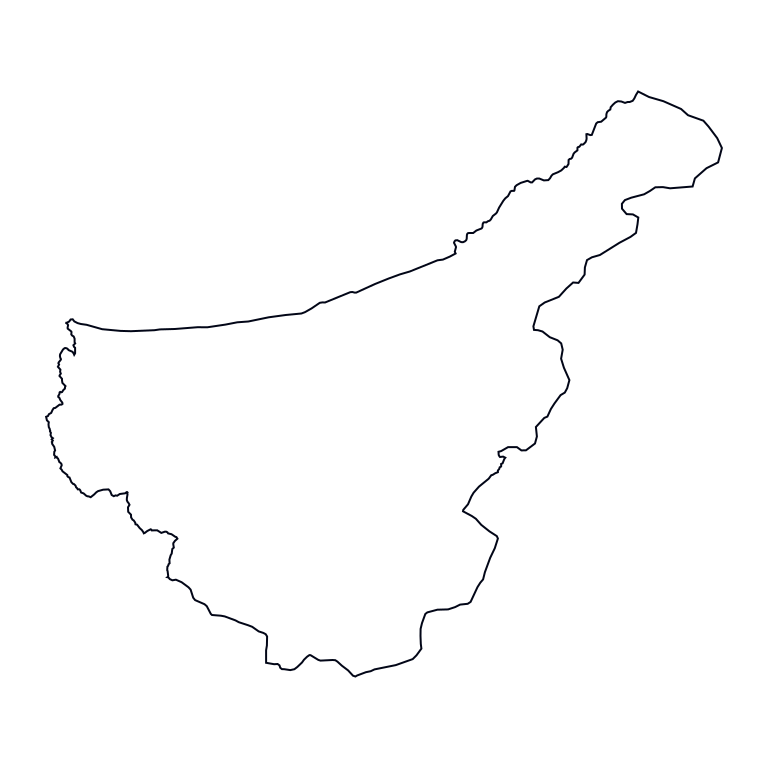 the district of Boontay, Phôngsali, Laos
{"feature_id": "54806243B85580123027929", "entity_name": "Boontay", "entity_type": "district", "adm_level": 2, "iso_a3": "LAO", "parent_name": "Laos", "parent_adm1": "Phôngsali", "projection": "albers", "projection_center": [101.907, 21.382], "detail": "fine", "context": "isolated", "style": "outline", "palette": "ink", "viewbox_px": 768, "rotation_deg": 0, "n_neighbors": 0, "source": "geoboundaries", "source_scale": "gbopen_adm2", "svg_char_len": 5991}
<svg xmlns="http://www.w3.org/2000/svg" viewBox="0 0 768 768"><path d="M72.7,319.3L70.6,319.5L69.2,321.5L66.9,322.7L65.5,322.8L67.0,323.4L68.1,325.1L67.6,327.6L67.7,328.6L71.2,331.4L71.5,332.0L71.3,334.4L72.1,335.5L73.7,336.5L74.6,338.7L74.6,342.3L75.2,343.4L73.4,345.2L74.0,346.8L75.1,347.8L75.1,353.3L74.2,354.8L73.7,353.6L72.5,351.8L68.6,350.1L67.7,349.0L66.7,348.3L65.1,348.0L64.4,348.3L63.0,349.5L60.1,354.3L59.9,356.0L60.3,357.9L60.8,358.7L60.9,359.6L58.6,362.5L58.4,363.3L59.1,364.5L57.9,366.8L60.4,369.6L60.1,371.8L60.8,373.6L59.6,375.4L59.5,376.0L62.0,378.8L62.0,380.3L62.4,382.9L65.5,386.1L65.0,387.1L64.9,388.6L63.3,390.1L62.1,392.0L61.2,392.3L60.2,391.9L59.6,392.4L59.4,394.1L58.2,396.1L58.3,397.0L59.3,397.7L60.3,400.0L62.3,402.6L62.5,403.9L61.6,404.6L59.5,404.7L55.3,407.9L53.7,408.2L52.5,410.0L51.2,412.9L48.9,414.2L48.0,416.0L46.1,416.8L46.9,420.3L48.8,422.2L48.5,424.3L48.8,427.1L49.8,429.1L49.9,430.1L50.2,430.7L50.0,431.4L50.9,432.8L50.5,435.1L51.6,437.3L52.9,438.2L51.7,439.4L52.8,440.6L51.8,442.0L52.2,442.6L52.1,443.5L52.3,444.1L54.2,446.8L55.1,450.5L54.3,451.7L54.1,454.9L55.5,456.6L55.3,457.4L56.7,456.9L57.1,457.9L58.0,458.5L59.4,462.1L60.4,462.7L61.5,464.1L61.7,465.3L60.4,468.4L61.7,469.7L62.5,471.3L67.3,475.0L67.4,476.2L68.3,477.1L69.5,477.5L71.4,482.2L73.2,484.0L74.0,484.1L75.5,485.6L76.1,487.3L77.3,488.4L77.7,489.3L79.4,489.3L80.2,490.2L81.1,492.5L83.6,493.4L86.3,495.8L87.5,496.3L88.7,496.4L90.7,497.2L94.1,494.5L96.4,492.2L98.1,491.1L103.1,489.7L108.5,489.4L110.2,491.2L111.7,495.0L113.8,496.2L115.5,495.4L117.2,495.7L119.8,494.0L125.2,493.3L126.6,492.1L127.2,492.1L127.6,492.6L127.2,493.7L127.5,494.5L126.9,497.9L126.8,500.0L127.4,501.6L128.6,503.1L129.5,504.8L128.0,507.3L128.2,511.8L131.0,514.7L131.1,517.4L132.5,519.7L133.7,520.4L135.2,522.6L135.5,524.3L137.1,524.7L139.7,528.1L141.9,530.1L143.6,532.6L143.8,533.3L144.7,533.0L147.3,531.0L150.6,529.3L151.3,529.6L151.7,530.4L157.2,530.3L161.3,532.9L164.8,531.7L166.2,531.7L167.4,532.3L168.1,533.4L171.5,534.2L175.3,536.8L176.4,537.1L177.4,538.7L174.9,540.9L173.3,543.2L173.3,544.5L173.8,547.6L172.3,549.0L171.7,553.6L170.7,555.2L169.4,559.6L169.6,563.3L168.6,564.2L168.2,565.7L167.4,566.7L167.2,570.2L167.6,571.0L168.2,576.0L168.0,576.7L167.4,577.2L168.4,577.4L169.8,579.1L172.4,580.3L175.9,579.7L181.6,582.2L188.5,587.3L190.6,589.6L193.2,597.7L195.1,600.1L204.5,604.2L206.8,606.2L210.8,613.9L212.0,615.0L220.9,615.7L224.7,616.4L235.5,620.4L238.8,622.2L248.0,625.2L252.2,626.8L258.7,631.4L263.3,632.9L265.7,634.2L267.1,636.5L266.9,645.5L266.1,650.3L266.1,662.8L274.1,664.2L277.6,664.0L279.5,665.4L280.2,667.7L281.9,669.1L284.3,669.2L290.3,670.1L294.4,669.2L297.3,667.0L302.0,662.5L304.0,659.7L307.1,656.7L309.4,655.1L310.6,655.2L318.3,659.9L320.5,660.6L332.5,660.0L335.3,660.2L337.4,661.6L341.9,665.7L348.1,670.4L353.0,675.7L355.4,676.5L357.1,675.5L365.9,672.2L370.7,671.2L374.5,669.4L395.8,665.1L412.7,659.1L416.5,655.3L421.4,648.6L420.8,643.9L420.5,635.9L420.6,628.9L422.0,623.1L425.3,614.0L427.3,612.4L437.4,609.7L448.1,609.4L455.1,607.1L460.1,604.6L467.7,603.8L470.6,601.9L477.5,587.1L480.3,582.7L483.1,579.4L484.9,572.2L490.2,557.8L494.8,548.2L497.9,538.5L496.8,536.1L489.5,531.4L481.3,524.9L475.9,518.8L471.8,516.0L463.0,511.3L463.3,509.8L468.0,504.3L471.3,496.6L473.6,492.7L479.0,486.6L488.7,478.7L491.3,475.2L492.6,474.9L495.3,473.2L497.9,472.2L497.9,470.5L499.2,469.0L499.7,467.3L500.9,466.7L501.2,466.2L501.1,464.0L502.6,463.3L504.3,459.0L505.3,457.7L503.1,456.6L500.0,457.0L499.4,456.3L498.7,454.9L498.5,451.8L501.1,451.1L508.1,447.1L516.9,447.1L521.4,450.4L526.0,450.3L535.0,443.5L536.9,436.5L535.9,427.0L544.3,417.9L547.4,416.6L550.9,409.0L554.5,403.4L560.6,395.1L564.8,392.6L567.2,388.2L569.4,380.1L563.9,367.7L561.1,358.7L562.7,349.7L561.2,343.4L557.6,340.3L549.8,337.2L542.5,331.5L538.0,330.2L534.0,329.9L533.4,326.3L539.3,306.3L544.7,302.5L558.9,296.8L566.4,288.5L573.1,282.5L578.5,282.9L584.6,274.6L584.9,267.4L587.0,260.1L591.9,257.3L599.9,255.0L619.4,242.8L630.5,236.9L636.0,232.9L637.5,224.3L638.3,217.5L632.9,214.4L626.6,214.1L622.0,208.7L621.9,203.8L624.9,200.1L631.2,197.7L644.1,194.3L649.9,191.0L655.3,187.3L662.9,187.1L670.1,188.3L692.6,186.5L694.9,178.4L706.5,168.2L718.1,162.4L721.9,148.0L717.2,138.1L708.5,126.5L703.4,120.7L688.0,115.2L681.1,109.0L663.4,101.2L649.0,97.0L638.1,91.5L636.0,94.9L634.3,98.5L632.7,100.8L629.7,102.0L627.7,102.0L625.0,102.9L621.3,101.5L617.9,101.2L615.3,102.5L613.0,104.6L610.7,107.2L610.3,109.5L608.3,110.8L607.0,112.2L606.4,114.2L606.3,116.9L605.9,117.7L601.2,121.7L597.7,122.2L596.2,123.5L591.8,134.9L590.3,135.1L587.3,134.0L586.4,134.2L586.6,138.7L586.3,140.3L585.5,142.2L583.5,144.2L582.8,144.6L581.2,144.4L579.3,146.8L578.2,147.0L577.5,147.6L577.4,150.4L574.7,152.4L573.6,153.7L572.1,157.7L571.1,158.7L569.6,159.0L568.6,160.0L568.5,164.0L566.8,166.7L566.4,167.0L564.7,166.7L564.1,167.7L561.3,170.4L558.0,172.2L552.9,174.3L551.5,175.7L550.0,178.3L548.3,180.1L543.9,180.4L539.2,178.5L537.0,178.5L535.0,179.4L532.1,182.4L530.7,182.4L527.7,180.8L526.7,181.0L520.7,182.9L516.6,185.2L515.0,186.8L514.4,190.5L514.0,190.9L511.7,190.9L510.5,191.4L508.0,196.1L505.3,198.3L503.3,200.8L499.1,207.6L496.9,212.4L496.0,213.5L492.8,216.0L490.8,219.5L489.6,220.7L487.8,221.3L486.5,222.3L484.0,222.3L483.4,222.6L482.7,224.0L482.5,226.8L482.1,227.8L481.5,228.5L476.4,230.5L473.2,233.0L468.9,233.0L467.9,233.2L467.3,233.8L466.9,235.0L466.7,238.8L466.2,240.2L464.8,241.4L463.0,242.2L461.2,242.1L457.3,240.2L455.4,240.4L454.5,241.4L454.0,242.8L455.9,246.5L456.0,247.2L454.8,251.7L455.6,253.5L449.8,256.6L442.9,259.6L437.5,260.3L409.8,271.5L399.9,274.4L388.7,278.5L374.8,284.1L356.2,292.6L354.6,292.6L352.3,292.0L350.2,292.2L325.0,302.5L322.5,302.4L319.8,302.8L311.6,308.4L304.9,312.2L301.4,313.5L285.7,315.0L268.7,317.3L248.3,321.5L237.3,322.3L225.4,324.6L207.2,327.3L197.7,327.2L174.8,329.0L160.0,329.4L154.5,330.2L131.0,331.2L120.5,330.9L102.2,329.2L86.6,324.8L80.9,324.0L77.6,323.1L74.3,321.4L72.7,319.3Z" fill="none" stroke="#020617" stroke-width="2"/></svg>